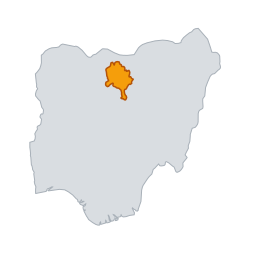 where Kano sits in Nigeria, rotated 352°
{"feature_id": "NGA-2869", "entity_name": "Kano", "entity_type": "State", "adm_level": 1, "iso_a3": "NGA", "parent_name": "Nigeria", "parent_adm1": "", "projection": "robinson", "projection_center": [8.618, 11.56], "detail": "fine", "context": "in_parent", "style": "filled", "palette": "amber", "viewbox_px": 256, "rotation_deg": 352, "n_neighbors": 0, "source": "natural_earth", "source_scale": "10m", "svg_char_len": 5082}
<svg xmlns="http://www.w3.org/2000/svg" viewBox="0 0 256 256"><g transform="rotate(352 128 128)"><path d="M211.4,39.1L219.2,51.1L220.9,60.0L221.5,64.4L222.8,65.0L225.2,65.2L227.0,66.1L228.0,67.6L228.7,68.9L228.8,69.7L228.3,75.1L227.7,77.0L228.1,79.7L228.0,80.8L227.7,81.6L226.7,82.5L225.2,83.3L221.7,85.9L220.7,86.3L219.3,86.3L218.0,87.0L216.5,88.3L213.3,93.5L210.5,98.6L208.5,106.9L206.1,109.5L205.7,111.8L205.3,117.1L204.9,118.6L204.5,119.1L201.9,120.1L200.4,121.3L199.5,123.6L198.3,131.6L197.9,132.9L197.1,134.3L195.7,135.8L194.6,136.7L191.5,137.2L188.7,143.2L188.6,144.3L187.4,149.8L185.2,153.9L185.0,156.5L182.3,160.2L180.8,162.6L182.3,165.2L182.4,165.6L177.7,170.0L177.4,170.7L177.2,173.7L176.8,174.5L175.9,175.6L174.7,176.8L173.4,177.8L171.9,178.4L170.5,178.7L169.7,178.3L169.2,177.4L168.4,173.7L168.0,172.9L167.1,172.2L163.4,168.1L161.2,166.6L160.7,166.8L160.3,167.1L159.7,169.2L159.1,169.9L157.9,170.2L155.9,170.2L154.4,169.9L154.1,169.5L153.3,167.9L148.8,171.6L147.2,172.5L145.2,176.9L142.3,179.0L140.3,180.9L135.0,186.9L134.0,188.6L132.9,191.3L130.6,202.5L127.0,209.5L126.5,211.0L126.3,210.9L125.8,211.6L124.4,211.2L123.7,209.9L122.9,209.6L121.3,207.7L121.0,208.1L122.6,212.9L122.0,214.8L117.5,214.8L113.7,215.5L111.0,215.4L109.7,214.7L109.1,212.9L108.9,213.1L108.7,214.1L107.9,214.8L104.9,215.0L103.6,213.7L102.6,212.3L101.4,211.7L101.6,212.3L102.9,213.7L102.7,215.6L100.3,217.9L98.8,218.0L97.9,217.0L97.4,215.4L97.1,213.1L96.5,211.6L96.2,211.6L96.6,214.1L96.6,216.5L97.7,218.3L96.0,218.9L93.9,219.0L93.6,218.3L93.4,216.7L93.0,216.3L92.6,218.9L88.2,219.6L87.6,219.5L87.5,219.1L87.8,218.3L87.8,217.2L86.8,218.1L86.6,219.9L86.1,220.2L84.5,219.9L82.7,219.0L79.8,216.7L76.2,213.1L75.6,211.4L74.6,209.4L72.7,203.8L73.1,203.5L73.9,203.8L74.3,203.3L72.8,202.9L72.5,202.5L72.4,201.3L72.5,199.8L74.7,199.0L75.3,198.1L75.6,197.2L72.8,198.6L70.2,197.0L69.6,196.0L69.9,195.3L72.9,195.2L74.0,194.5L73.3,194.3L72.2,194.3L71.8,193.8L71.8,192.7L71.4,192.9L70.9,194.0L69.2,194.7L68.2,194.0L68.1,192.3L67.8,191.5L67.0,191.0L63.9,186.6L60.1,182.9L56.7,180.4L51.5,179.2L40.7,179.2L40.1,178.9L40.7,178.3L41.7,177.9L45.2,175.9L44.6,175.6L41.0,176.9L39.7,177.0L38.1,179.4L27.5,180.0L27.5,178.9L28.0,175.6L28.6,173.4L27.9,170.7L27.7,168.2L28.2,167.5L28.3,166.6L28.3,160.3L28.8,159.3L28.9,158.7L27.8,156.0L27.8,154.0L27.6,152.0L27.2,151.1L27.7,143.4L27.5,141.5L27.9,140.2L28.1,136.9L28.1,133.6L28.8,128.5L33.3,127.8L34.5,125.8L35.1,123.3L34.9,120.8L36.4,118.6L38.2,116.6L38.1,114.5L38.6,113.8L39.5,113.3L40.7,113.1L42.1,112.0L42.8,110.1L43.6,107.2L42.4,105.1L42.4,104.6L42.9,103.5L43.6,102.4L44.2,102.0L45.5,102.3L45.9,101.9L46.8,98.6L46.7,97.7L45.5,95.5L44.8,89.5L44.5,88.7L43.5,87.6L41.0,83.4L41.1,81.4L42.2,78.9L42.9,77.7L43.8,77.0L44.0,76.4L43.7,75.7L43.3,75.1L43.2,74.0L43.6,72.4L43.5,70.6L43.8,61.6L45.9,59.9L48.9,56.9L50.4,53.9L51.3,51.5L52.3,43.8L53.9,43.0L56.9,40.2L61.0,38.5L63.7,38.0L68.4,38.3L70.7,38.1L72.8,36.5L73.7,36.1L75.0,35.8L86.6,39.9L87.6,39.7L88.5,40.0L90.0,41.0L93.4,44.7L97.0,50.5L98.1,51.8L99.2,52.5L100.4,52.7L101.2,52.6L102.1,52.0L103.2,51.0L104.9,50.5L106.3,50.5L113.6,46.1L114.3,46.1L118.7,47.0L124.8,51.5L129.8,54.4L133.3,55.3L137.4,56.0L144.3,56.2L149.6,50.0L151.6,48.6L153.9,47.4L158.8,46.3L166.9,45.5L174.6,45.8L179.3,46.9L184.3,48.9L186.4,50.9L189.8,51.2L192.3,50.8L193.0,48.9L195.5,46.3L199.1,44.0L202.1,42.3L204.5,41.6L206.7,39.7L208.4,39.1L211.4,39.1ZM105.2,217.5L103.6,218.0L102.5,217.9L104.0,215.4L104.7,215.9L105.7,216.1L105.2,217.5Z" fill="#d9dde1" stroke="#a8b0b8" stroke-width="1"/><path d="M137.8,84.4L136.5,85.0L136.2,85.1L135.9,84.9L135.6,84.8L134.5,85.3L132.8,87.4L132.1,88.5L131.7,89.0L131.1,89.3L130.1,89.4L129.5,90.6L129.4,92.1L129.5,93.7L130.0,95.1L130.7,96.2L130.9,97.5L130.4,98.7L129.6,99.7L129.3,99.8L128.6,99.6L128.2,99.4L127.5,98.4L126.1,98.2L125.2,97.3L125.6,96.8L126.3,96.6L126.5,95.9L126.3,93.6L126.6,92.1L126.3,89.5L124.5,87.4L123.2,87.0L122.1,86.5L121.7,85.9L121.1,85.4L119.9,84.9L119.4,84.5L119.0,83.9L119.1,83.2L119.4,82.6L119.5,81.8L118.9,81.5L116.5,82.4L114.5,84.0L113.3,84.1L112.2,83.0L111.9,82.1L112.0,81.1L112.3,80.2L112.8,79.5L113.6,79.3L114.6,78.7L115.3,78.5L115.3,77.8L114.9,76.6L114.7,76.3L114.6,76.0L114.7,75.7L114.7,75.3L114.7,74.7L114.3,73.5L114.4,69.5L114.2,67.6L114.4,66.7L115.7,65.7L118.7,64.5L119.3,63.8L119.9,62.0L120.3,61.1L121.0,60.9L121.9,60.9L122.7,62.6L122.8,62.9L122.8,63.2L122.9,63.5L123.2,63.6L123.4,63.3L123.7,62.3L124.2,61.5L125.1,61.0L126.1,60.8L127.1,60.9L128.1,61.3L128.5,61.5L128.6,62.0L128.6,62.7L128.7,63.4L129.2,63.7L129.6,64.0L130.0,64.3L130.2,64.8L130.2,65.5L130.3,66.1L131.3,66.4L132.4,66.6L133.1,67.6L133.1,69.3L133.0,69.7L132.8,69.9L132.7,70.2L132.9,70.6L133.1,70.8L133.6,70.7L134.3,70.6L134.5,70.6L134.6,71.1L134.6,71.6L135.6,71.6L136.2,71.1L137.0,71.2L137.2,71.8L137.5,72.9L137.4,73.6L137.2,74.2L137.1,74.7L137.0,75.1L136.4,76.1L136.2,77.3L136.4,77.6L137.2,77.5L137.6,77.5L137.8,77.7L138.2,78.8L138.4,79.2L138.9,79.8L139.3,80.0L139.5,80.1L139.9,80.4L139.7,80.8L138.2,82.3L138.0,82.8L137.8,83.4L137.8,83.7L137.8,84.2L137.8,84.4Z" fill="#f59e0b" stroke="#b45309" stroke-width="1.5"/></g></svg>